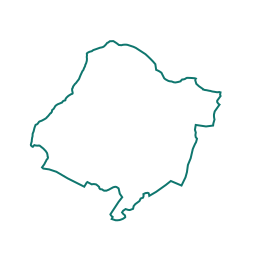 outline of Domasnea, Caras-Severin, Romania, rotated 216°
{"feature_id": "2599482B60620901079337", "entity_name": "Domasnea", "entity_type": "district", "adm_level": 2, "iso_a3": "ROU", "parent_name": "Romania", "parent_adm1": "Caras-Severin", "projection": "albers", "projection_center": [22.344, 45.088], "detail": "fine", "context": "isolated", "style": "outline", "palette": "teal", "viewbox_px": 256, "rotation_deg": 216, "n_neighbors": 0, "source": "geoboundaries", "source_scale": "gbopen_adm2", "svg_char_len": 4205}
<svg xmlns="http://www.w3.org/2000/svg" viewBox="0 0 256 256"><g transform="rotate(216 128 128)"><path d="M190.9,189.7L191.8,189.0L193.7,187.5L193.8,186.9L194.0,186.6L194.3,185.4L194.8,184.8L194.9,184.3L194.9,183.3L195.0,182.0L195.3,180.2L195.5,179.5L195.7,179.2L195.9,178.7L196.7,177.7L197.9,176.4L199.6,173.9L200.7,172.3L201.7,170.9L202.1,170.1L202.2,169.5L202.3,169.4L202.4,168.9L203.8,167.2L204.4,166.2L204.8,165.3L205.0,164.8L205.1,164.1L204.2,163.0L203.8,162.5L203.1,161.2L202.0,160.0L201.6,159.4L200.8,158.1L200.4,157.0L200.0,156.0L199.6,153.8L199.2,153.1L199.0,152.3L198.9,151.6L198.7,150.3L198.3,149.1L198.2,148.3L198.3,147.2L198.0,145.7L197.4,142.7L196.9,140.7L196.5,139.2L196.4,138.4L196.4,138.2L196.5,135.8L196.5,133.9L196.8,132.4L196.8,129.5L196.6,128.6L196.5,128.4L196.3,128.2L196.3,127.9L196.3,127.5L196.2,127.1L196.2,126.8L195.3,125.6L193.4,123.9L193.1,123.3L193.3,122.7L194.0,121.7L194.7,120.0L195.1,119.0L195.2,118.4L195.3,118.2L195.4,117.4L195.6,116.6L195.6,115.2L195.5,114.6L195.1,113.9L195.0,113.7L195.1,113.3L195.3,113.1L195.8,112.6L196.0,112.2L196.3,111.6L196.4,111.1L196.4,110.5L196.3,110.0L197.0,108.8L198.1,107.0L198.8,105.9L199.2,104.9L199.6,103.7L199.7,102.7L199.5,101.2L199.5,100.9L199.4,99.8L199.9,98.0L199.7,97.5L199.4,96.9L199.1,96.2L199.2,95.2L199.1,94.7L199.3,94.4L199.5,94.0L199.5,93.4L199.5,92.6L199.6,91.3L199.6,90.9L199.7,90.0L199.9,89.3L199.9,88.4L200.2,87.3L200.8,85.9L202.1,83.2L203.1,81.7L203.3,81.5L203.6,80.8L203.6,79.6L203.6,78.2L203.8,77.5L204.3,76.8L204.6,76.2L203.8,73.3L203.3,72.0L203.2,71.8L202.3,69.6L202.1,68.6L201.7,67.2L200.5,65.4L200.1,64.6L199.9,63.9L199.4,63.0L198.8,61.8L198.0,60.6L197.7,59.7L197.3,58.7L196.8,57.4L196.3,56.9L195.4,56.7L194.2,56.7L193.9,56.9L193.8,57.5L193.9,58.1L193.8,58.8L193.6,59.2L193.0,59.3L192.0,59.8L190.9,60.5L190.3,60.9L189.9,61.4L189.1,61.8L184.4,61.6L181.2,61.0L180.8,60.9L178.7,60.1L177.1,58.7L176.8,58.3L176.4,57.8L175.6,57.4L175.5,57.2L175.1,56.3L175.0,55.8L175.2,54.7L175.1,54.0L175.0,53.5L174.9,53.1L174.7,51.2L174.5,50.2L174.4,49.1L174.4,48.6L174.4,45.6L172.7,45.4L167.4,48.2L160.2,50.5L147.1,51.8L128.9,54.8L129.3,59.4L129.1,60.4L124.2,61.1L123.5,61.9L122.6,62.6L121.7,63.1L120.7,63.6L119.0,63.6L117.0,63.4L116.7,63.3L116.2,62.9L115.7,62.4L115.1,62.3L114.5,62.2L112.9,63.1L112.0,63.1L111.0,63.1L110.2,63.4L109.8,63.9L108.9,64.3L108.2,65.3L107.8,66.0L107.3,66.7L107.2,67.0L105.1,71.4L104.0,72.7L103.5,73.1L102.9,73.4L102.3,73.5L101.7,73.6L100.1,73.6L96.0,70.0L92.0,68.6L92.2,62.8L91.5,47.8L90.7,47.4L89.8,47.2L89.0,47.0L88.1,47.0L87.7,44.8L84.0,46.0L83.3,46.4L82.8,46.8L82.2,47.2L81.7,47.7L81.0,48.3L80.4,49.0L79.9,49.7L79.4,50.5L78.9,51.2L78.5,52.1L78.2,52.9L77.9,53.8L77.8,54.1L78.5,55.0L78.9,55.3L79.5,55.6L79.9,55.6L80.6,55.6L81.0,55.6L83.2,56.2L83.3,58.2L82.3,61.0L79.8,61.8L78.3,62.7L76.4,65.6L77.5,68.1L77.4,70.6L75.8,75.6L76.3,78.4L74.9,80.5L75.4,82.1L76.7,83.6L75.6,85.6L74.0,87.1L73.1,87.4L72.5,87.0L71.9,86.6L71.4,86.1L70.9,85.6L67.7,92.9L63.9,104.2L62.2,110.3L50.9,112.9L52.5,121.9L54.4,127.0L57.8,133.3L59.5,140.3L62.8,148.1L63.1,148.7L63.6,150.7L64.0,152.6L64.4,154.5L64.6,156.5L65.9,159.9L67.8,160.4L69.3,161.9L70.5,164.2L72.8,165.9L75.0,170.3L65.8,175.1L60.6,180.0L61.6,181.8L63.0,185.7L63.9,186.5L64.7,187.3L65.5,188.2L66.2,189.2L66.5,189.7L67.6,192.4L67.7,200.7L68.5,200.7L69.3,200.8L70.0,201.0L70.7,201.3L71.2,201.5L71.9,202.6L71.9,208.3L73.1,209.1L74.1,211.2L75.4,210.7L75.8,210.3L76.1,209.9L76.7,209.5L77.3,209.1L78.5,208.5L79.7,207.9L81.0,207.2L82.0,206.8L83.2,206.4L84.1,205.9L86.8,204.7L87.7,204.2L88.0,204.0L90.0,203.3L90.2,203.6L95.2,203.5L98.7,203.9L100.0,204.9L101.6,206.1L102.2,207.6L102.2,207.8L103.2,207.5L106.0,205.8L109.3,203.6L109.8,203.2L110.3,202.3L110.8,201.0L111.9,199.7L112.7,199.1L113.0,197.4L112.9,196.7L114.4,194.8L116.1,193.0L116.4,192.7L117.8,191.9L120.1,191.3L120.9,190.8L122.0,190.2L123.2,189.8L126.3,189.4L127.9,189.5L133.5,192.4L134.5,192.3L135.7,192.3L137.0,192.1L138.2,191.9L139.4,191.6L143.4,195.7L146.8,196.5L150.3,197.1L153.8,197.6L157.3,198.0L168.7,197.4L171.3,196.9L177.2,195.0L178.7,194.2L179.6,193.5L180.5,192.8L181.3,192.0L182.0,191.1L184.2,189.8L185.9,189.9L187.5,189.9L189.2,189.8L190.9,189.7Z" fill="none" stroke="#0f766e" stroke-width="2"/></g></svg>